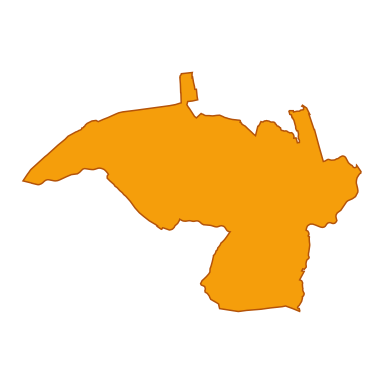 the district of Santiago Tulantepec de Lugo Guerrero, Hidalgo, Mexico
{"feature_id": "50627088B2039046908464", "entity_name": "Santiago Tulantepec de Lugo Guerrero", "entity_type": "district", "adm_level": 2, "iso_a3": "MEX", "parent_name": "Mexico", "parent_adm1": "Hidalgo", "projection": "albers", "projection_center": [-98.384, 20.035], "detail": "fine", "context": "isolated", "style": "filled", "palette": "amber", "viewbox_px": 384, "rotation_deg": 0, "n_neighbors": 0, "source": "geoboundaries", "source_scale": "gbopen_adm2", "svg_char_len": 6013}
<svg xmlns="http://www.w3.org/2000/svg" viewBox="0 0 384 384"><path d="M309.7,114.2L306.6,108.0L302.5,105.2L301.8,106.2L303.1,106.8L303.7,107.2L303.7,107.9L303.5,108.4L303.6,109.4L303.5,109.5L303.3,109.7L302.3,109.9L300.8,110.1L300.4,110.3L299.6,111.1L299.3,111.2L297.0,111.2L293.5,112.0L293.3,110.7L290.5,110.7L289.9,110.6L288.9,110.9L288.8,110.7L289.8,114.4L290.6,114.7L291.4,114.9L292.0,117.6L292.4,117.5L293.2,119.2L293.9,120.2L295.0,124.3L295.7,126.6L295.6,126.9L295.8,128.7L296.6,130.5L296.7,130.8L296.9,130.8L297.2,130.6L297.5,130.7L297.7,130.8L297.9,131.2L298.5,134.0L298.3,136.4L298.3,137.1L298.4,137.9L298.2,138.5L298.8,139.1L299.4,140.3L299.4,142.5L297.4,142.8L296.0,137.9L293.8,138.2L293.8,137.8L294.0,136.4L293.6,135.0L293.2,134.2L292.0,132.9L291.7,132.7L291.3,132.7L290.3,132.8L289.8,132.8L288.0,132.0L286.7,131.0L286.1,131.0L285.4,130.9L284.1,131.1L283.0,130.6L281.9,130.5L281.7,130.3L281.1,130.0L280.9,129.7L280.5,127.8L279.5,127.4L279.1,126.8L278.3,126.2L277.4,126.1L277.1,125.9L276.0,124.2L275.5,124.0L275.3,123.8L275.2,123.4L275.1,123.0L273.9,122.1L273.3,122.1L272.6,122.0L271.9,122.1L270.9,122.0L270.3,121.8L268.8,121.0L268.0,121.0L266.6,120.6L265.4,120.9L264.3,121.0L263.3,121.8L262.8,121.9L261.8,121.9L261.0,121.6L260.9,121.9L260.5,122.3L260.3,122.9L260.3,123.2L258.6,126.0L258.4,125.9L257.8,126.3L255.5,135.7L253.3,133.9L251.4,132.0L247.8,128.7L245.3,126.2L243.7,125.3L241.8,124.1L241.8,123.7L241.3,122.9L240.1,122.4L240.0,122.1L240.2,121.9L240.4,121.9L240.5,121.8L240.5,121.3L240.2,120.6L239.8,120.3L232.6,119.5L231.0,119.2L228.1,118.5L227.4,118.2L224.5,117.4L223.2,116.7L219.7,115.2L216.6,115.4L213.7,115.8L212.3,115.9L209.1,115.6L206.0,115.6L204.8,115.4L203.0,114.3L202.5,114.1L201.9,114.1L201.1,113.5L196.4,117.9L194.5,116.4L189.0,107.9L188.7,107.8L186.9,104.7L187.7,101.5L192.4,101.0L197.7,99.8L197.1,96.4L196.4,89.3L194.8,89.3L194.7,88.5L194.5,86.6L193.6,82.9L192.6,77.2L192.1,77.6L192.0,74.9L192.1,73.2L192.3,72.5L181.4,73.7L181.4,74.2L180.1,76.0L180.1,77.5L179.9,77.5L180.4,84.1L180.7,92.8L180.9,92.9L181.2,102.8L175.4,104.6L169.5,105.7L136.3,110.2L122.7,111.9L118.8,112.8L116.3,113.8L108.1,117.5L103.0,119.5L98.3,121.6L97.7,121.4L96.2,120.5L95.5,120.5L91.9,121.0L87.1,123.4L85.5,124.9L85.1,125.4L85.0,125.8L84.7,126.2L83.8,126.8L83.8,127.1L82.8,127.9L81.9,128.0L81.6,129.0L81.1,129.6L80.4,130.0L78.9,130.5L77.4,131.4L75.7,132.0L74.5,132.7L68.1,136.2L65.0,139.4L57.9,145.2L47.2,154.9L44.8,156.8L30.9,169.5L29.4,171.5L29.0,172.2L27.6,174.0L23.0,180.9L31.1,182.9L31.7,183.2L36.6,184.4L38.1,184.7L39.5,184.5L41.4,183.7L42.8,182.7L43.8,181.7L45.0,180.7L45.9,180.2L46.7,179.9L47.9,179.7L49.0,179.8L54.1,180.8L55.5,180.9L57.2,180.7L58.3,180.4L59.8,179.8L66.2,176.8L71.4,174.6L77.4,173.8L79.6,172.3L82.6,169.3L83.7,168.8L84.7,168.6L86.3,168.8L90.3,169.4L92.2,169.6L93.3,169.6L94.8,169.3L98.2,168.2L99.3,168.1L100.5,168.2L102.3,168.7L104.3,169.6L105.9,171.1L107.6,173.1L108.4,174.3L107.2,176.0L107.2,178.2L110.0,181.0L113.9,184.4L114.9,186.1L117.2,187.7L119.7,190.5L122.4,192.8L123.7,194.5L125.9,196.3L130.2,201.2L135.1,208.0L139.4,212.8L143.8,216.5L149.3,220.8L154.2,223.7L155.3,224.3L157.1,225.6L156.8,225.7L157.0,226.3L161.3,229.3L161.8,229.2L162.6,227.8L163.7,228.0L169.4,230.0L170.9,229.7L172.5,229.1L174.2,227.4L174.9,225.9L176.3,224.6L177.6,223.5L179.3,220.6L179.7,219.2L181.6,220.3L182.9,220.9L184.0,221.1L185.7,221.2L188.9,220.7L190.0,220.7L192.8,221.3L194.1,221.3L196.2,220.9L197.1,220.9L198.0,221.0L199.5,221.7L201.7,223.7L202.6,224.2L203.5,224.7L210.0,225.3L211.2,225.5L215.0,226.7L216.4,226.9L217.6,226.8L220.2,225.9L221.5,225.7L222.4,225.9L223.6,226.3L224.4,226.9L224.9,227.4L226.8,230.3L227.6,231.0L229.1,231.7L230.1,231.8L226.6,236.9L224.5,239.7L222.3,242.0L221.1,242.9L220.0,245.2L218.8,246.8L217.8,247.9L217.3,249.9L216.2,250.7L215.2,253.6L213.4,255.7L213.5,256.1L212.3,261.6L211.0,266.3L210.1,268.6L209.9,272.1L208.8,273.9L206.4,276.6L203.5,279.4L202.1,280.6L200.6,283.7L201.3,285.0L203.5,285.9L204.7,286.6L205.4,288.9L204.9,290.7L205.2,292.2L207.0,293.2L207.7,293.9L209.3,296.1L209.7,297.3L210.8,299.4L216.6,302.7L218.7,304.1L218.8,305.3L219.6,308.6L238.2,311.5L239.3,311.4L246.6,310.4L259.0,309.4L261.3,309.2L270.6,307.9L282.1,306.7L285.6,306.0L292.5,308.5L299.6,311.4L299.8,310.7L299.4,309.9L299.5,309.3L299.2,308.5L298.4,308.5L297.6,307.8L297.6,307.3L298.2,306.3L299.2,305.4L301.6,301.4L302.4,298.3L302.5,297.5L302.3,296.9L302.4,296.6L303.0,296.3L303.6,295.6L304.1,294.2L304.1,293.2L303.6,292.4L303.0,291.0L302.7,290.0L302.9,288.7L302.6,287.3L302.4,284.4L302.6,283.5L302.6,282.7L301.6,280.7L299.6,279.9L304.2,271.4L301.7,270.9L302.8,268.8L304.3,269.3L306.2,267.1L306.2,266.0L306.0,264.6L306.0,263.6L306.2,262.2L306.7,260.4L307.2,259.7L308.7,258.5L309.0,257.9L309.1,257.2L308.4,255.5L308.5,254.3L308.5,253.1L308.8,252.0L309.7,245.6L309.7,244.2L309.4,242.0L309.2,238.5L309.4,236.9L309.2,236.6L308.4,236.4L308.2,235.9L308.3,235.2L308.8,234.9L308.9,234.5L309.0,234.1L308.7,232.8L307.9,231.2L306.1,230.2L306.6,227.9L307.3,226.2L308.1,225.4L309.2,224.7L310.3,224.1L312.7,224.1L315.4,225.0L319.3,226.6L321.0,227.2L322.7,227.4L324.2,227.0L325.2,226.3L326.9,223.9L328.1,222.9L329.6,222.6L330.8,222.8L332.3,223.4L333.4,223.5L334.5,223.3L335.2,222.9L336.4,221.6L336.9,220.3L336.6,219.7L335.9,216.7L336.1,214.9L337.1,213.1L338.4,212.0L340.8,210.3L346.5,201.9L347.9,200.7L352.3,198.8L355.5,196.6L357.8,192.2L357.9,190.6L357.5,188.0L356.3,183.1L356.4,180.9L356.7,179.1L357.2,177.5L359.1,174.5L360.1,173.4L360.7,173.2L361.0,171.6L356.7,165.3L356.6,165.2L356.5,166.6L356.3,167.1L355.8,167.4L355.3,167.6L354.5,167.7L353.9,167.5L353.3,167.2L352.1,165.5L351.0,165.0L350.9,164.8L349.9,164.1L348.4,162.7L345.8,157.8L345.4,157.2L344.9,156.8L344.3,156.4L343.7,156.2L343.0,156.0L342.3,156.0L341.6,156.3L339.8,157.2L338.7,158.1L337.9,158.6L336.5,158.9L335.0,159.8L334.3,160.0L331.5,160.2L330.2,159.9L328.7,159.4L328.2,159.4L327.7,159.5L327.1,159.8L324.9,161.1L323.3,161.5L319.1,146.7L314.5,129.6L314.1,129.7L308.9,114.1L309.7,114.2Z" fill="#f59e0b" stroke="#b45309" stroke-width="1.5"/></svg>